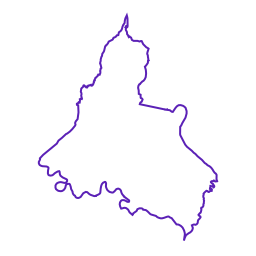 the district of El Banco, Magdalena, Colombia
{"feature_id": "7082276B17236838711216", "entity_name": "El Banco", "entity_type": "district", "adm_level": 2, "iso_a3": "COL", "parent_name": "Colombia", "parent_adm1": "Magdalena", "projection": "natural_earth1", "projection_center": [-74.016, 9.144], "detail": "fine", "context": "isolated", "style": "outline", "palette": "violet", "viewbox_px": 256, "rotation_deg": 0, "n_neighbors": 0, "source": "geoboundaries", "source_scale": "gbopen_adm2", "svg_char_len": 5719}
<svg xmlns="http://www.w3.org/2000/svg" viewBox="0 0 256 256"><path d="M183.9,240.6L184.8,237.8L186.0,235.2L188.7,233.2L190.2,232.4L191.5,231.2L192.2,230.2L192.7,228.8L192.8,227.8L191.9,225.3L193.4,224.6L194.2,224.5L195.6,224.8L196.7,224.2L197.4,223.4L197.7,222.7L197.9,220.9L198.3,219.9L199.6,218.6L200.5,217.4L200.4,216.5L198.7,215.4L198.5,214.8L199.9,213.1L200.4,212.9L200.8,212.2L201.4,209.8L201.1,208.5L201.3,207.7L202.4,207.4L203.4,205.8L203.4,204.1L203.8,203.5L203.9,201.5L204.1,200.8L203.7,199.6L203.9,198.2L203.4,197.3L203.3,196.6L203.3,195.7L203.7,194.7L203.5,193.8L204.3,192.7L206.4,190.8L207.5,191.1L208.3,191.9L208.7,192.0L209.1,191.9L209.7,191.3L210.3,191.0L211.7,190.9L211.9,189.5L211.7,189.1L211.1,188.8L210.2,189.2L209.9,189.0L210.1,187.6L210.4,186.7L210.4,185.9L210.7,185.9L211.3,186.3L212.3,186.2L213.6,187.4L214.0,187.1L214.3,186.3L214.0,185.4L213.2,184.7L213.0,184.0L212.3,183.7L211.0,182.4L210.9,181.9L211.4,181.3L212.2,181.1L213.0,181.3L213.9,180.5L215.2,181.5L216.3,181.2L216.9,181.4L217.2,181.2L216.5,179.3L216.6,175.0L216.4,174.5L215.8,173.6L214.6,172.7L213.4,171.0L212.7,169.7L211.2,167.7L209.6,166.3L207.5,165.2L206.3,164.0L204.7,163.0L202.0,159.9L197.5,156.2L195.4,153.9L193.7,152.7L191.9,150.8L187.0,146.8L185.2,144.6L180.3,135.2L180.1,134.1L180.2,126.8L181.2,125.5L182.3,123.1L185.5,117.6L186.6,113.5L186.6,111.1L185.6,107.9L184.4,106.7L183.0,105.8L180.7,105.1L178.6,105.2L176.9,106.3L175.5,107.9L172.8,111.9L172.1,111.8L171.7,111.7L169.8,110.2L167.4,109.9L167.6,109.8L167.2,109.3L166.4,109.6L166.2,109.6L166.2,109.2L166.1,109.6L165.8,109.7L164.8,109.3L164.6,109.4L139.8,104.2L140.0,103.3L140.5,102.5L141.7,101.7L142.6,99.5L142.3,98.9L141.8,98.4L140.8,98.0L140.6,97.4L140.6,94.7L138.8,93.9L138.7,90.5L138.1,87.8L138.4,85.9L139.1,84.6L139.5,84.1L140.0,84.1L140.6,83.2L142.4,81.4L143.5,80.8L144.7,79.3L145.7,77.2L146.1,73.7L146.0,71.9L145.8,69.8L144.9,66.7L146.0,65.6L147.7,63.2L147.9,62.5L148.0,60.6L148.1,60.4L148.6,60.3L148.3,59.7L148.2,58.1L148.0,57.5L147.8,55.2L147.4,54.5L147.2,53.6L147.5,52.1L148.6,48.7L148.0,48.2L146.3,47.3L143.2,44.2L141.7,41.1L141.0,41.0L139.6,41.5L137.6,40.9L133.7,40.9L131.9,39.9L131.1,37.6L129.4,36.7L128.9,37.1L128.8,36.9L129.1,36.5L128.7,36.4L128.8,36.2L128.6,36.0L128.7,35.9L127.6,34.8L127.1,34.1L127.0,32.6L126.8,31.7L125.9,30.1L125.8,29.4L125.8,28.9L126.3,28.0L125.9,27.7L126.5,27.4L126.3,26.9L126.0,26.8L126.1,26.7L125.9,26.2L126.5,25.9L126.9,27.2L127.1,27.2L127.3,27.1L127.6,26.1L127.5,18.9L127.3,17.4L126.8,15.4L125.4,18.3L124.8,20.8L124.6,23.0L123.2,25.0L122.4,27.0L122.2,28.1L121.7,29.6L120.6,31.1L118.9,32.3L118.3,35.1L116.9,35.3L116.2,36.3L115.8,36.5L115.7,36.8L114.2,37.6L113.6,37.7L113.1,38.5L112.8,39.4L112.3,39.8L108.7,41.6L108.0,43.2L106.8,44.8L106.1,45.2L105.6,46.1L105.2,46.3L104.1,50.9L103.5,52.1L102.3,53.8L102.0,55.9L101.4,56.9L100.7,59.4L100.7,60.9L100.2,62.4L100.3,63.2L100.1,63.6L100.6,64.6L101.0,66.3L101.2,67.2L101.4,67.9L100.7,68.6L100.5,69.0L100.6,69.5L100.2,70.6L100.2,71.5L100.4,71.8L100.3,73.1L99.9,74.1L99.7,74.2L99.7,74.7L99.4,74.8L98.4,74.6L98.3,75.0L97.8,75.2L97.6,76.1L96.4,77.0L96.2,77.5L95.3,78.0L95.0,79.1L94.7,79.5L94.8,80.4L94.2,80.5L93.8,81.8L93.9,82.3L93.7,82.4L93.7,82.9L93.1,84.5L92.7,85.0L92.3,84.8L92.2,85.2L91.8,85.2L91.7,85.5L90.9,85.1L90.8,85.4L90.2,85.1L88.9,85.4L88.7,85.8L88.0,85.8L87.8,86.5L87.3,86.6L87.1,86.8L87.2,87.0L87.1,87.4L87.0,87.5L86.7,87.2L86.0,87.2L85.8,86.4L85.0,86.4L84.8,86.1L84.4,86.1L84.2,85.4L83.9,85.3L83.4,85.6L83.2,86.7L81.3,88.5L80.8,91.8L81.4,93.0L81.5,94.3L81.2,95.7L82.0,98.8L81.8,99.1L80.7,98.7L79.8,99.2L80.0,100.1L79.7,102.6L79.1,102.6L78.7,102.4L78.6,102.9L78.0,103.0L77.7,103.4L76.9,103.7L76.8,104.0L77.0,104.9L78.2,105.3L78.5,112.4L77.6,119.1L75.8,121.3L75.2,122.6L75.2,123.7L75.5,124.4L75.2,125.5L72.3,129.1L69.8,131.6L67.1,133.6L66.1,134.0L61.9,137.9L58.5,140.6L56.8,143.6L43.2,154.8L39.9,158.3L40.1,158.8L40.0,159.6L38.8,162.0L38.9,163.6L39.7,165.0L41.1,165.8L42.4,166.2L46.6,166.5L47.9,167.1L48.4,167.6L48.5,168.2L48.0,170.7L47.9,173.4L48.4,174.8L49.1,175.3L50.6,175.6L52.2,175.3L53.2,174.7L54.8,173.2L56.9,171.9L58.2,171.3L59.3,171.2L59.6,171.8L59.9,174.4L60.5,175.7L62.6,177.4L66.6,179.3L67.1,179.9L67.1,181.1L66.4,182.3L65.4,182.8L64.4,182.9L61.5,182.2L60.2,182.1L58.5,182.5L57.1,183.2L56.1,184.3L55.5,185.5L55.5,187.7L56.0,189.1L57.7,190.5L59.0,191.0L61.0,191.2L62.3,190.9L63.7,190.0L64.8,188.6L65.3,187.7L65.8,185.4L66.3,184.5L67.7,183.9L69.4,183.9L69.9,184.4L70.7,186.7L71.2,189.2L72.5,191.5L72.7,192.9L73.2,194.1L74.1,195.2L75.0,195.7L75.5,196.8L75.9,197.3L76.8,197.8L77.9,198.0L78.8,197.9L80.6,197.0L83.3,193.2L85.8,191.9L87.3,192.2L89.1,193.9L90.5,194.8L94.2,196.1L95.6,196.0L95.5,195.8L98.7,194.4L99.9,193.5L100.3,192.7L100.7,188.5L101.2,185.9L101.9,184.1L103.1,182.7L104.9,181.9L105.4,182.0L105.9,182.8L106.1,183.7L105.9,186.3L106.2,187.6L107.1,189.6L107.6,190.3L109.5,191.9L112.2,192.6L113.2,192.4L114.6,191.2L116.4,189.1L118.1,188.6L118.9,188.8L120.1,189.5L120.9,190.6L121.4,192.5L122.1,194.0L123.9,196.4L124.0,196.2L125.0,197.3L129.0,200.3L129.2,200.9L129.0,201.7L128.1,201.9L127.1,201.7L125.5,200.7L123.9,200.1L122.5,200.1L121.7,200.3L121.0,200.8L120.0,202.4L119.7,204.3L120.2,206.6L121.2,208.6L121.8,208.5L124.2,207.8L125.3,207.9L126.3,208.2L128.1,209.6L129.6,212.4L132.5,214.9L133.0,214.3L133.2,213.4L136.4,211.1L136.8,210.6L137.4,209.2L139.5,208.3L141.1,208.3L142.3,208.6L142.9,209.1L143.1,209.7L145.4,210.0L146.2,210.3L147.7,211.5L150.2,214.0L151.1,214.5L155.9,215.9L157.4,217.2L159.1,217.9L160.6,218.3L162.2,218.3L164.1,217.8L167.2,216.7L168.3,216.5L168.8,216.6L169.9,217.4L171.7,218.2L176.5,224.4L178.1,224.5L179.2,224.9L181.0,226.0L182.6,227.6L184.1,230.5L184.8,233.2L184.8,234.9L183.9,240.6Z" fill="none" stroke="#5b21b6" stroke-width="2"/></svg>